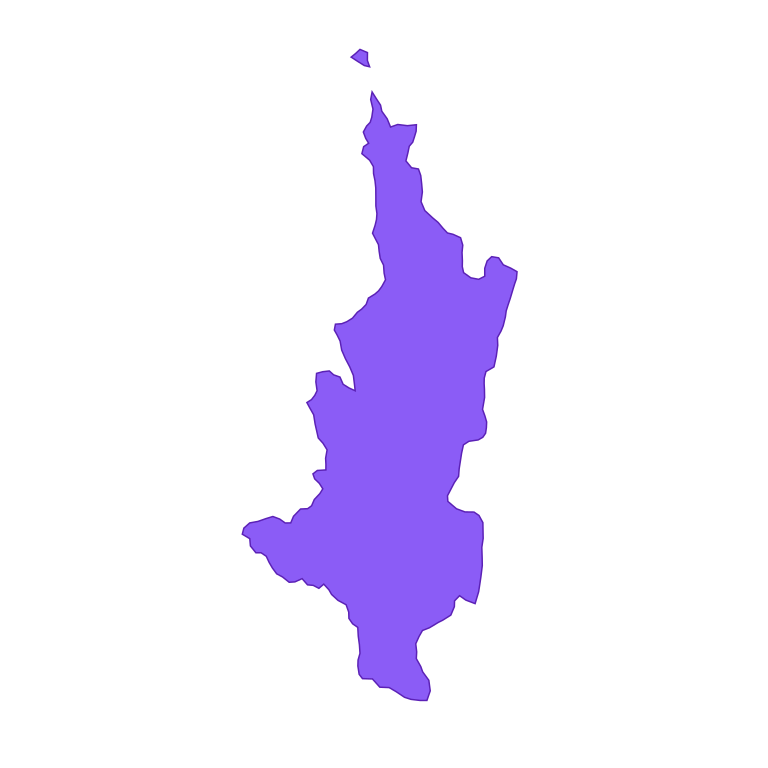 Chiador, Minas Gerais, Brazil, rotated 314°
{"feature_id": "56859067B35300029306499", "entity_name": "Chiador", "entity_type": "district", "adm_level": 2, "iso_a3": "BRA", "parent_name": "Brazil", "parent_adm1": "Minas Gerais", "projection": "natural_earth1", "projection_center": [-43.014, -21.98], "detail": "fine", "context": "isolated", "style": "filled", "palette": "violet", "viewbox_px": 768, "rotation_deg": 314, "n_neighbors": 0, "source": "geoboundaries", "source_scale": "gbopen_adm2", "svg_char_len": 3136}
<svg xmlns="http://www.w3.org/2000/svg" viewBox="0 0 768 768"><g transform="rotate(314 384 384)"><path d="M585.8,172.6L579.4,176.8L574.1,185.1L567.4,189.9L562.6,192.3L557.5,192.3L550.9,194.1L548.0,200.2L546.5,205.7L540.6,204.5L534.3,208.1L535.0,218.2L533.0,225.4L528.1,230.3L524.0,236.3L519.3,241.9L512.8,248.3L506.4,254.5L501.6,260.6L497.0,264.4L492.1,267.3L484.5,271.0L482.2,277.8L480.4,283.2L476.1,288.3L471.7,294.1L469.2,301.1L463.8,307.1L460.0,312.7L452.6,314.7L447.2,315.4L442.4,315.0L435.0,313.1L428.8,315.9L422.2,315.9L417.1,315.0L409.5,315.6L402.8,313.9L398.0,311.7L393.3,307.5L388.3,310.8L386.7,316.2L384.4,322.6L379.0,330.0L375.4,338.7L372.5,347.5L368.9,356.0L363.7,362.4L359.1,368.0L356.8,361.4L355.4,354.8L358.4,347.5L355.6,341.4L355.4,335.6L350.3,331.4L344.8,328.1L338.2,333.5L332.7,340.5L327.7,342.1L322.4,342.7L317.1,341.4L315.3,347.0L313.0,354.8L307.4,362.2L302.6,369.5L299.5,374.2L299.0,381.3L297.1,388.8L290.0,393.6L285.9,398.0L281.8,401.9L275.5,396.1L270.0,395.3L267.6,400.0L267.6,406.5L266.1,412.8L260.6,414.0L252.5,414.1L246.1,416.5L241.3,415.7L236.1,410.8L226.0,410.8L219.3,413.4L215.4,409.5L214.4,402.8L211.5,396.1L205.0,392.5L197.6,388.8L190.8,383.9L183.0,383.3L177.5,386.4L179.5,394.9L174.7,400.4L173.6,409.1L177.2,412.8L178.3,419.0L175.9,425.2L174.1,431.6L172.9,438.7L174.7,445.0L175.5,453.5L179.8,457.4L187.1,460.3L186.4,468.5L190.0,473.0L191.8,479.1L198.2,479.7L197.7,487.3L196.2,492.5L196.4,501.2L198.9,510.1L195.4,517.1L191.0,521.6L189.7,528.0L190.7,534.2L184.6,540.8L179.3,547.5L173.6,553.8L167.4,557.1L163.0,561.1L157.9,567.8L157.1,573.2L163.8,580.6L163.0,591.6L169.2,598.6L171.1,606.4L172.9,616.4L175.9,622.5L181.6,630.0L186.2,634.7L195.4,630.4L202.0,622.1L203.8,611.8L206.3,606.7L208.9,598.0L214.0,593.6L219.2,587.3L226.7,584.6L233.4,582.9L240.2,586.0L250.3,588.7L254.8,590.3L264.2,592.6L272.7,589.3L277.0,585.4L284.2,585.4L285.4,593.0L289.3,602.1L300.3,596.4L305.4,592.8L312.4,587.8L317.6,583.9L321.7,580.8L327.0,575.5L334.5,567.8L341.8,562.6L353.0,551.4L355.4,543.7L354.4,537.7L348.2,531.1L344.6,522.8L343.9,511.5L347.7,507.3L361.9,503.1L369.4,501.8L375.2,497.0L388.1,487.9L395.4,483.4L401.8,484.9L409.2,490.6L414.3,492.1L419.1,491.3L423.7,488.0L428.0,484.2L431.1,478.8L434.2,472.5L440.1,468.5L444.2,465.7L450.0,459.9L453.9,455.7L457.9,452.0L463.8,448.7L472.7,451.2L482.1,445.4L490.8,439.0L496.2,433.3L503.4,431.4L508.7,429.3L516.6,424.7L521.5,421.1L527.1,418.3L533.0,415.5L541.7,411.0L547.0,408.3L551.6,406.2L557.2,401.7L555.4,394.7L552.6,387.0L554.4,378.8L550.4,373.0L544.2,372.7L537.2,376.1L531.5,381.6L525.1,379.4L520.7,372.7L519.4,363.9L522.8,358.8L527.1,354.8L532.8,348.8L538.6,344.2L542.4,337.5L539.6,329.6L536.7,324.7L537.0,318.4L537.8,310.8L537.3,303.2L537.1,292.9L540.9,284.0L548.8,278.2L554.2,272.0L559.5,265.6L562.6,259.4L558.7,253.6L559.7,244.8L566.9,240.6L572.6,237.0L577.9,236.7L583.0,234.2L588.2,231.5L593.0,227.2L586.1,221.4L580.2,213.6L573.4,210.2L577.0,202.0L578.7,192.9L582.2,187.8L583.8,180.7L585.8,172.6ZM596.3,133.3L597.9,141.5L599.4,148.6L602.2,153.3L605.2,147.3L610.9,141.9L608.0,134.3L602.1,134.0L596.3,133.3Z" fill="#8b5cf6" stroke="#5b21b6" stroke-width="1.5"/></g></svg>